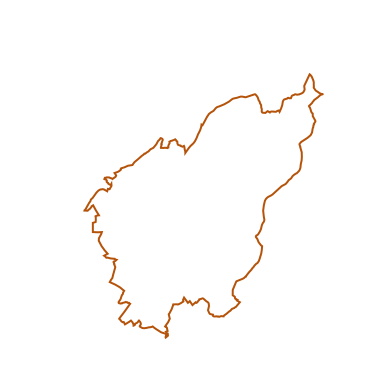 Raciu, Mures, Romania (Robinson projection), rotated 107°
{"feature_id": "2599482B26505266969931", "entity_name": "Raciu", "entity_type": "district", "adm_level": 2, "iso_a3": "ROU", "parent_name": "Romania", "parent_adm1": "Mures", "projection": "robinson", "projection_center": [24.372, 46.712], "detail": "fine", "context": "isolated", "style": "outline", "palette": "amber", "viewbox_px": 384, "rotation_deg": 107, "n_neighbors": 0, "source": "geoboundaries", "source_scale": "gbopen_adm2", "svg_char_len": 6017}
<svg xmlns="http://www.w3.org/2000/svg" viewBox="0 0 384 384"><g transform="rotate(107 192 192)"><path d="M278.6,257.4L278.9,256.4L279.9,254.8L279.9,254.6L279.5,253.8L279.3,250.3L278.7,247.3L278.7,246.5L278.5,246.3L279.0,245.6L278.9,244.3L279.5,244.6L281.3,246.0L281.3,246.3L281.9,246.6L283.5,245.2L283.8,245.4L286.2,243.4L294.8,243.2L297.5,243.0L299.7,243.8L302.2,244.3L303.0,238.4L304.1,233.6L304.9,231.3L305.1,231.1L306.3,228.0L308.5,228.5L309.7,228.3L311.3,228.9L315.5,229.0L318.6,230.0L319.3,229.8L319.6,229.6L319.7,229.2L319.5,227.5L319.0,226.9L319.0,226.4L318.3,225.9L317.5,224.4L316.5,223.2L316.7,222.8L316.5,222.2L316.4,221.5L316.8,220.9L316.8,220.7L316.4,219.7L316.9,219.0L317.0,218.5L325.7,221.4L334.4,224.6L334.7,224.4L335.0,223.8L335.1,223.3L336.3,221.8L336.6,221.0L336.8,220.2L336.3,219.3L338.2,217.4L334.4,214.0L332.8,212.8L334.0,210.8L335.8,209.2L336.9,208.8L336.7,208.5L336.1,208.2L335.6,207.7L334.5,207.8L333.3,206.4L331.5,205.4L330.6,205.4L330.4,205.2L331.5,203.5L332.7,202.5L333.8,202.3L335.6,202.8L336.0,202.4L336.6,199.8L336.3,198.0L335.3,195.8L334.1,193.8L333.3,191.9L332.5,190.7L332.1,190.3L332.8,188.6L333.5,186.6L335.2,180.4L335.3,175.0L338.7,174.8L338.9,174.6L336.4,173.0L334.5,173.8L334.7,174.8L333.6,175.3L333.2,176.0L332.1,174.7L329.2,176.3L329.0,176.5L328.7,177.9L328.5,178.3L327.7,177.8L327.4,178.1L323.6,176.8L319.7,176.2L315.7,178.5L314.7,178.1L310.1,177.2L306.3,177.0L305.0,177.1L303.7,173.3L303.7,172.6L303.3,172.0L301.8,170.4L299.2,168.2L298.2,168.7L297.9,169.0L295.3,168.7L299.2,163.5L297.0,162.2L300.0,158.5L296.4,156.3L296.8,155.5L296.5,155.1L295.5,154.5L295.0,154.5L293.1,153.5L292.6,153.7L292.0,152.9L291.8,152.3L290.7,151.0L290.6,150.4L290.7,149.8L292.2,146.6L292.8,144.6L293.3,143.8L294.2,143.2L296.2,142.4L300.4,142.1L302.3,140.5L303.3,139.4L303.4,138.8L303.2,136.1L303.9,136.0L304.4,135.6L304.6,134.7L304.2,133.3L303.8,132.4L303.6,130.8L303.4,130.7L303.4,129.5L302.2,127.9L301.7,125.4L301.2,125.4L300.4,125.0L298.7,123.6L295.2,121.4L294.2,120.5L292.4,119.8L291.1,118.4L290.6,117.7L289.9,117.3L289.0,116.4L283.4,114.0L282.7,117.1L281.8,117.0L281.8,118.4L281.5,118.5L281.3,119.6L279.7,120.4L278.8,122.9L273.7,124.4L265.5,123.6L264.4,123.4L260.2,118.2L258.9,117.0L256.8,115.9L256.9,115.7L255.7,115.4L252.0,114.0L249.0,112.5L247.3,112.0L245.7,111.2L244.3,110.8L242.2,109.8L240.7,108.6L240.2,108.4L238.3,107.9L236.1,107.8L230.6,107.8L227.1,108.3L223.3,109.1L222.9,110.3L221.0,113.0L220.1,114.0L217.9,115.7L216.4,117.7L216.0,117.9L214.9,117.8L214.7,117.4L213.2,116.4L209.7,115.5L207.1,115.2L203.5,115.5L201.0,115.2L199.4,114.6L197.9,114.6L197.3,114.7L194.2,116.3L189.0,118.5L183.7,119.4L179.1,119.7L177.2,119.3L176.0,118.8L174.4,117.7L172.2,115.4L170.9,114.3L160.1,107.9L157.0,104.8L154.8,103.8L152.4,103.0L150.0,101.2L147.8,100.6L147.1,100.3L145.7,99.4L144.1,98.1L143.5,97.3L140.5,95.8L139.3,95.5L137.2,95.4L133.6,96.1L129.8,96.4L126.4,97.2L121.9,98.7L117.5,101.6L117.3,101.5L115.2,103.1L114.6,103.2L112.8,102.5L112.1,102.1L106.6,97.5L104.5,96.1L102.8,95.1L100.0,94.6L95.7,95.2L94.3,95.0L93.3,95.3L91.6,95.1L91.4,95.4L88.5,94.6L87.7,95.0L84.1,98.7L81.7,99.5L81.1,100.7L80.4,101.4L76.9,103.8L76.3,104.7L75.6,105.3L72.0,103.3L70.5,102.9L68.7,102.1L68.4,102.1L67.7,101.6L64.6,99.3L61.6,97.5L59.9,95.0L60.2,95.9L60.4,97.6L60.1,99.2L59.4,101.2L59.0,102.9L58.2,104.2L56.6,106.1L55.1,106.4L54.0,106.9L51.8,107.5L50.1,108.4L46.7,111.2L45.4,113.0L45.1,113.9L57.7,115.7L59.2,115.1L60.9,114.3L62.3,114.3L64.2,114.8L65.3,115.6L67.3,118.0L68.2,119.9L68.4,122.0L69.3,122.8L70.3,124.2L70.9,124.6L71.4,124.7L73.4,124.8L73.9,126.4L73.8,127.6L74.3,128.1L74.9,128.4L76.4,130.7L76.7,131.0L77.4,131.3L78.8,131.6L82.5,131.1L86.0,131.2L89.8,131.7L88.7,132.9L89.5,134.1L90.7,135.1L90.9,135.7L91.7,139.3L92.5,140.6L93.2,140.8L93.1,141.3L92.6,142.8L92.6,143.4L94.9,144.9L95.5,147.6L95.4,148.1L94.8,148.8L92.3,149.5L91.1,150.4L88.7,151.3L87.1,153.0L85.8,153.7L85.0,154.9L82.3,156.8L81.0,158.4L80.1,160.0L80.2,160.5L80.9,161.6L85.6,168.2L85.8,168.7L86.0,171.3L86.4,172.9L86.7,173.6L88.6,176.3L90.7,180.0L91.4,180.7L94.7,183.0L98.6,186.7L102.2,191.0L103.1,192.4L103.8,193.1L104.9,193.8L108.2,195.2L110.1,197.0L112.4,198.6L115.7,199.6L124.4,201.3L125.1,201.5L124.8,202.6L127.4,202.2L130.7,202.3L135.2,203.1L139.2,203.4L142.9,204.1L145.0,204.9L148.3,206.8L150.8,207.9L156.6,209.8L155.4,210.2L152.9,211.7L151.2,212.4L150.3,213.2L151.4,214.2L151.4,216.0L150.9,216.5L151.1,217.0L150.9,219.3L149.4,220.4L148.7,220.5L148.0,220.9L147.8,221.8L147.2,222.3L146.5,223.4L146.7,223.7L147.4,224.3L148.2,225.5L148.5,225.7L149.5,227.4L149.8,227.5L150.5,228.3L151.8,227.7L153.9,228.1L154.9,228.1L156.1,227.7L156.2,228.1L157.1,228.2L157.1,229.1L157.4,229.5L157.5,230.6L157.8,231.3L158.1,231.8L158.9,234.6L158.5,234.8L155.1,234.9L154.9,235.0L154.9,235.4L150.7,235.2L150.1,235.6L149.8,236.0L149.6,237.5L149.7,237.8L150.2,238.0L151.4,238.3L153.0,239.3L156.8,240.1L160.7,241.7L161.4,242.2L163.3,244.2L165.9,245.5L167.2,246.7L169.0,247.9L169.0,248.3L169.3,248.8L170.2,249.1L172.3,250.7L176.4,253.2L180.2,255.7L182.3,256.5L183.6,256.8L185.6,260.9L187.9,263.5L190.1,266.7L191.0,266.9L191.4,266.5L193.0,267.5L194.4,268.8L196.5,271.6L198.2,269.5L198.5,269.3L199.9,269.6L202.8,271.9L202.5,272.3L202.5,274.5L202.3,275.0L202.4,275.8L202.9,277.7L203.3,278.0L203.8,279.4L204.0,279.5L205.2,279.6L205.5,277.4L206.0,276.8L207.2,276.6L207.7,275.8L207.8,275.0L208.5,274.5L208.8,273.7L209.0,272.6L209.0,272.1L208.7,271.7L207.8,271.5L209.5,270.8L210.4,270.9L212.1,271.4L213.2,271.5L213.4,271.6L213.6,273.3L216.1,273.3L215.3,276.9L215.4,278.2L216.5,280.5L218.0,281.9L220.5,283.2L226.8,285.3L228.8,286.5L230.6,286.5L232.5,287.2L238.5,288.5L240.5,289.0L240.8,289.4L241.2,289.4L240.4,286.3L239.5,285.9L237.7,284.6L235.3,283.7L234.9,283.8L233.6,282.7L237.7,278.5L241.3,274.4L241.5,274.2L241.9,275.3L243.4,277.2L243.7,277.1L244.4,276.6L247.6,275.6L248.9,275.4L250.5,277.8L259.3,275.1L258.1,270.4L256.7,266.5L258.5,266.5L263.5,267.5L265.9,266.9L270.3,262.5L273.3,258.5L275.7,254.6L278.6,257.4Z" fill="none" stroke="#b45309" stroke-width="2"/></g></svg>